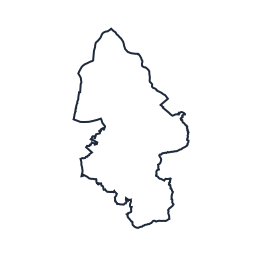 Mintiu Gherlii, Cluj, Romania (Mercator projection), rotated 73°
{"feature_id": "2599482B84488457525620", "entity_name": "Mintiu Gherlii", "entity_type": "district", "adm_level": 2, "iso_a3": "ROU", "parent_name": "Romania", "parent_adm1": "Cluj", "projection": "mercator", "projection_center": [23.941, 47.068], "detail": "fine", "context": "isolated", "style": "outline", "palette": "slate", "viewbox_px": 256, "rotation_deg": 73, "n_neighbors": 0, "source": "geoboundaries", "source_scale": "gbopen_adm2", "svg_char_len": 5942}
<svg xmlns="http://www.w3.org/2000/svg" viewBox="0 0 256 256"><g transform="rotate(73 128 128)"><path d="M143.7,182.4L147.3,182.6L149.2,183.3L152.0,183.4L155.8,184.0L156.5,184.3L160.5,186.6L160.7,185.2L159.6,184.4L162.8,181.2L164.9,179.8L165.9,177.9L166.7,175.6L167.3,174.8L167.5,173.5L168.5,173.4L169.9,173.9L171.2,173.9L171.5,173.9L171.9,172.9L172.3,173.4L173.0,173.2L173.3,172.9L173.1,172.0L173.1,171.1L172.9,170.7L173.1,169.9L175.4,170.2L176.3,169.1L177.9,169.0L178.8,169.3L180.0,169.3L180.1,169.2L180.0,167.8L181.5,167.4L182.8,166.6L183.1,166.2L183.4,165.0L183.9,164.2L184.0,163.5L184.3,162.8L184.2,162.5L184.5,162.1L184.6,161.4L185.2,160.6L185.1,160.3L184.3,159.8L184.2,159.6L184.5,159.6L187.7,157.9L188.4,158.6L189.2,159.0L190.4,160.7L190.8,161.0L191.9,161.0L193.7,161.7L194.0,161.5L194.5,161.6L194.7,161.1L195.8,161.0L196.5,160.5L197.5,160.6L197.9,159.1L198.8,157.8L199.5,155.6L200.0,154.7L200.0,154.3L199.2,153.3L199.2,152.6L199.4,152.1L198.7,151.5L198.2,151.3L198.1,150.9L196.5,151.0L196.3,150.7L196.1,150.8L196.3,151.0L196.1,151.0L194.5,150.4L195.4,149.8L195.5,149.5L196.2,149.2L196.9,149.3L197.5,149.0L196.8,148.2L197.4,146.9L197.4,146.4L197.7,146.6L197.8,146.4L198.8,146.5L199.7,147.0L200.9,147.9L201.2,148.2L202.7,148.8L203.7,148.9L204.1,148.8L204.4,148.4L204.6,147.6L205.3,148.0L205.8,148.6L208.7,149.3L209.3,149.9L209.5,153.0L210.1,153.1L210.2,154.4L211.3,153.9L212.1,154.2L212.9,154.2L213.5,153.9L214.3,153.9L215.3,153.2L218.5,152.1L218.6,151.6L219.3,151.2L221.1,151.8L222.1,151.8L224.5,150.5L225.9,148.8L226.5,147.4L226.3,146.6L226.2,144.6L226.5,143.5L225.9,142.2L226.0,141.2L225.6,140.5L225.9,137.8L225.7,137.1L226.1,136.0L226.1,135.7L225.7,134.6L225.6,133.9L225.7,133.5L224.2,131.2L224.4,129.7L225.7,128.5L225.6,127.2L225.8,125.3L226.7,123.1L227.2,121.0L227.9,119.3L227.7,117.7L227.3,116.5L227.0,115.0L226.0,114.9L224.3,114.4L220.9,114.4L219.4,113.5L218.3,113.7L217.0,112.0L216.6,110.8L215.4,108.1L214.3,106.8L212.3,107.5L209.5,106.6L208.8,106.8L208.6,107.2L208.4,107.1L208.2,106.8L205.9,106.3L205.5,105.8L204.9,105.7L204.0,105.2L202.3,103.7L201.2,104.2L199.5,104.2L198.9,104.6L198.3,104.4L198.1,104.5L198.0,104.9L197.3,104.6L194.9,104.3L194.7,104.6L194.7,105.1L194.0,105.4L193.3,104.9L192.8,104.8L192.6,104.5L192.2,104.5L192.1,104.1L192.2,103.9L192.6,104.1L192.2,103.7L191.5,103.5L190.8,103.1L190.4,103.1L188.9,102.0L188.6,102.3L188.7,103.6L188.5,104.0L188.4,105.0L187.6,106.9L187.8,107.4L188.9,108.7L186.3,111.3L185.8,112.4L185.5,112.7L184.4,113.4L183.5,113.6L183.0,113.9L181.9,115.2L181.3,115.0L180.9,114.4L180.4,114.1L179.5,114.1L177.8,113.5L177.5,113.3L176.6,112.0L176.9,110.8L176.7,110.5L175.6,110.7L174.4,110.6L173.9,110.2L171.9,110.0L171.7,109.0L171.2,107.7L169.9,106.6L168.2,105.6L166.9,105.4L163.6,106.2L163.3,106.1L162.7,105.2L162.7,104.9L163.1,103.9L162.2,102.6L162.4,102.0L162.3,101.7L162.5,101.0L162.5,99.6L163.1,98.7L162.6,97.0L163.2,96.3L163.3,95.8L163.2,95.3L163.4,94.7L163.4,93.2L163.9,92.2L163.8,91.5L164.0,90.6L163.9,89.8L164.4,88.9L164.1,85.8L163.8,84.9L163.9,83.0L163.4,82.2L163.1,81.2L162.9,79.3L162.0,76.4L161.4,76.2L161.1,75.8L160.7,75.9L159.4,74.6L157.7,73.8L156.7,75.0L155.7,74.6L155.2,74.3L155.0,73.8L153.9,73.2L152.8,73.3L151.4,72.2L151.1,72.3L150.5,72.0L149.9,72.0L149.7,71.5L149.3,71.7L149.1,71.6L149.0,71.8L148.6,71.6L147.6,71.5L147.5,71.8L147.2,71.6L146.9,71.7L146.6,71.4L145.5,71.7L144.3,71.0L144.0,71.3L143.8,71.1L142.8,71.3L142.2,72.0L140.6,72.6L139.5,73.2L138.7,73.9L137.7,74.1L136.3,73.8L136.1,73.9L136.1,74.4L135.9,74.7L135.2,74.6L135.1,74.9L134.4,74.9L134.1,74.6L133.5,72.5L133.1,72.4L132.3,72.7L131.7,72.0L131.4,70.6L131.7,69.6L131.4,69.4L129.9,70.2L128.7,71.6L128.3,72.4L128.4,73.3L128.5,73.8L129.6,75.1L128.6,75.2L129.2,76.1L129.4,76.7L128.9,78.3L129.0,79.3L129.2,80.7L129.2,81.9L128.4,82.6L126.3,84.0L125.8,84.1L118.8,88.7L118.3,88.2L115.5,90.1L111.7,81.3L107.4,82.9L106.1,84.3L104.0,85.8L100.5,89.6L100.0,89.4L98.8,90.1L98.0,90.8L97.1,92.1L96.3,92.7L95.3,92.9L93.3,92.1L91.3,92.9L90.5,93.5L89.4,93.6L87.4,92.8L84.7,92.0L83.1,91.9L80.0,91.1L78.8,91.5L78.3,91.5L75.4,93.3L74.9,93.9L74.8,94.6L73.6,95.8L72.6,96.4L70.6,95.9L69.5,95.2L68.0,94.6L66.6,95.0L64.8,95.0L62.1,95.6L61.2,96.0L60.6,96.7L60.2,96.5L59.9,96.9L59.3,99.0L57.6,102.7L56.7,104.1L55.1,106.0L51.7,107.6L48.4,107.7L47.2,107.5L44.3,107.4L42.3,107.9L40.2,108.6L38.9,109.4L36.2,110.6L35.1,111.5L33.0,111.9L30.8,113.6L28.1,115.1L28.8,116.5L29.5,118.9L29.6,119.4L29.3,120.7L29.4,122.2L29.6,123.5L30.2,124.8L31.0,125.7L33.2,127.5L34.0,128.4L36.1,131.8L36.2,132.3L37.0,133.8L39.0,135.1L40.7,135.7L44.3,138.0L53.2,141.6L53.6,142.7L53.5,144.3L54.2,148.5L54.4,150.5L55.2,152.8L56.0,154.3L58.8,157.3L61.3,159.6L65.0,158.7L66.4,158.5L70.9,159.3L72.2,160.4L79.8,163.3L79.5,164.3L84.3,166.6L86.0,167.2L87.6,168.5L88.9,169.2L89.5,169.2L90.1,169.9L91.7,171.0L92.6,171.3L92.9,171.7L93.4,171.9L93.9,171.8L94.1,172.0L94.1,172.3L94.8,172.7L95.6,172.9L95.9,173.2L96.8,173.2L97.3,174.0L97.7,174.0L99.9,175.5L100.6,175.6L101.8,176.4L102.8,176.7L103.8,177.5L108.3,171.7L109.7,167.4L110.7,163.4L111.0,159.6L111.2,155.5L111.1,151.2L112.5,151.0L115.6,151.0L119.6,149.5L120.9,150.1L121.0,150.8L120.9,151.5L122.4,151.4L122.4,151.7L121.9,152.0L121.4,152.7L121.1,153.4L121.2,153.9L121.5,154.2L122.7,154.5L122.9,154.8L122.9,155.1L122.2,155.6L122.2,155.9L122.3,156.3L122.8,156.4L123.4,155.9L123.8,155.9L124.5,156.2L124.9,156.6L124.9,157.1L124.7,158.9L124.8,160.6L126.6,161.5L128.1,162.7L128.0,162.9L126.5,161.6L125.9,162.9L126.0,163.3L125.6,164.2L126.2,165.0L127.4,165.7L127.6,166.5L127.9,166.9L128.6,166.2L128.3,165.9L129.7,164.7L131.5,162.9L131.8,163.1L132.4,162.3L132.3,162.2L132.8,161.6L134.2,162.4L134.2,164.4L133.5,164.1L132.1,165.9L131.2,166.7L133.4,168.8L132.9,169.4L133.9,170.4L133.1,172.4L134.2,173.7L135.4,172.9L140.8,169.6L141.9,172.7L142.6,173.1L142.8,174.7L143.3,175.0L143.6,175.3L143.3,176.3L143.3,176.8L144.1,177.6L144.0,179.4L143.5,180.1L143.4,180.7L143.8,181.8L143.7,182.4Z" fill="none" stroke="#1e293b" stroke-width="2"/></g></svg>